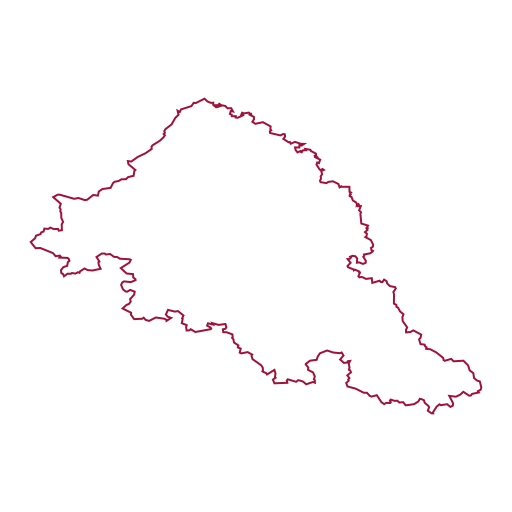 outline of Monaghan Lea-7, Monaghan, Ireland
{"feature_id": "5873133B95060557510976", "entity_name": "Monaghan Lea-7", "entity_type": "district", "adm_level": 2, "iso_a3": "IRL", "parent_name": "Ireland", "parent_adm1": "Monaghan", "projection": "equal_earth", "projection_center": [-6.973, 54.288], "detail": "fine", "context": "isolated", "style": "outline", "palette": "rose", "viewbox_px": 512, "rotation_deg": 0, "n_neighbors": 0, "source": "geoboundaries", "source_scale": "gbopen_adm2", "svg_char_len": 6064}
<svg xmlns="http://www.w3.org/2000/svg" viewBox="0 0 512 512"><path d="M431.5,413.3L433.2,413.3L433.0,412.3L436.6,406.7L439.5,404.3L440.8,405.2L447.1,404.2L450.4,406.9L452.8,405.7L453.1,403.3L449.3,395.9L455.9,396.7L460.3,394.6L463.3,391.8L469.2,395.7L470.9,395.5L472.0,393.9L478.8,392.5L477.9,391.2L480.7,389.7L481.3,387.3L479.8,381.4L477.1,380.6L474.1,378.1L473.3,373.1L469.7,370.4L468.1,365.4L463.4,360.7L453.6,361.3L451.2,358.9L444.7,360.8L443.6,360.1L443.2,357.9L436.4,352.5L430.4,349.3L426.1,348.8L426.6,347.3L425.1,346.3L424.6,344.6L420.5,344.1L419.1,339.4L420.6,337.6L421.2,334.6L413.3,330.4L410.4,332.0L406.1,332.4L406.0,329.8L407.2,327.4L402.7,321.1L402.4,317.1L403.5,314.2L400.1,311.5L398.0,307.6L396.5,306.9L396.4,304.9L393.9,303.6L394.0,294.4L393.4,291.9L395.8,288.5L395.1,287.1L389.9,286.1L387.1,283.4L386.7,281.3L384.1,279.6L382.4,282.1L380.6,281.9L379.6,280.7L372.3,282.9L371.8,278.2L366.0,278.9L362.1,277.0L359.3,277.3L358.4,276.3L359.9,272.8L359.2,272.5L359.4,271.6L354.9,269.6L353.8,270.3L353.6,269.5L348.0,267.2L347.5,266.0L350.6,262.8L347.6,259.1L350.1,258.6L350.9,257.6L350.2,256.7L352.7,255.8L355.4,256.3L357.2,258.5L356.9,262.7L359.1,262.4L362.9,263.9L365.6,262.9L365.9,261.0L363.3,256.8L364.3,255.7L364.0,254.5L370.2,253.3L372.5,251.6L373.0,250.9L371.5,250.2L371.0,247.9L372.8,246.8L373.2,244.8L370.9,240.1L365.4,237.1L366.5,236.3L366.9,233.7L365.0,232.1L367.5,229.9L366.5,228.3L367.7,227.9L367.2,226.9L368.0,225.6L361.3,223.5L360.4,213.7L361.0,212.3L359.1,210.4L360.8,206.1L358.5,206.2L359.1,205.2L358.4,204.1L356.8,205.4L357.0,204.0L355.9,202.3L352.9,200.5L351.5,196.9L349.7,196.2L349.7,195.0L350.7,194.4L350.1,193.1L350.9,192.5L349.5,191.7L349.4,186.8L341.8,186.8L340.6,185.7L341.0,186.6L339.6,187.4L338.4,184.0L333.0,181.3L328.3,181.9L326.5,183.1L320.6,182.2L320.0,180.7L321.0,178.7L320.7,176.4L322.1,174.1L321.2,171.0L323.8,169.9L322.5,169.0L321.0,170.0L319.7,169.6L316.5,164.6L317.2,162.5L318.9,163.2L320.2,159.7L314.8,157.0L314.9,156.2L316.2,156.3L315.2,155.5L316.1,155.1L315.9,153.6L310.9,151.0L310.4,149.8L305.3,148.9L305.9,150.2L303.0,150.3L301.7,152.3L300.9,151.9L301.6,151.1L300.5,151.0L297.5,152.4L295.5,149.8L295.1,147.4L299.3,147.5L299.4,145.3L301.6,145.6L304.1,143.9L300.7,143.8L295.0,141.9L290.7,143.7L289.8,142.0L288.6,142.3L283.4,138.9L285.1,136.5L284.8,134.3L283.2,134.0L280.4,135.4L270.1,133.0L269.8,131.4L271.2,130.3L270.4,129.4L270.6,126.4L262.9,122.2L255.4,123.8L252.4,121.8L254.0,119.2L253.9,116.9L249.8,114.8L251.9,113.7L250.1,113.8L248.9,112.6L244.0,113.4L242.1,112.7L241.3,114.7L243.1,114.5L243.3,115.2L237.6,117.8L235.6,117.5L235.8,116.2L231.8,116.2L231.7,114.8L229.9,113.9L230.8,111.1L233.0,111.5L231.2,108.2L227.6,108.3L225.3,106.0L222.6,105.4L219.9,106.2L220.8,104.8L219.2,103.8L218.3,105.2L216.2,105.2L217.7,106.9L216.1,107.3L213.2,104.8L213.3,102.7L211.0,102.9L207.5,101.5L204.5,98.7L195.7,103.1L193.7,102.8L191.4,106.1L181.0,109.4L179.8,112.0L177.6,110.7L178.5,114.8L175.3,117.9L171.6,124.4L165.4,129.2L164.3,131.2L164.9,132.8L163.7,134.0L164.9,135.3L163.3,137.5L159.8,140.8L152.5,145.3L151.5,146.9L151.7,149.0L145.2,153.4L137.6,157.0L131.4,161.5L127.9,161.1L128.5,164.3L135.4,170.0L134.3,171.1L133.6,175.8L128.1,177.1L126.0,179.2L121.4,179.3L118.6,181.0L114.5,181.8L113.0,183.1L110.6,187.9L102.5,189.0L98.8,191.5L97.9,195.6L93.2,195.0L87.1,199.8L84.8,200.1L78.5,198.0L74.1,198.8L59.8,194.7L57.7,194.7L53.2,197.1L60.8,203.8L59.5,207.6L60.6,209.3L60.3,211.6L61.2,212.7L61.3,217.9L63.1,222.0L61.7,224.3L61.9,230.2L58.8,230.7L58.0,228.9L53.9,229.1L50.2,227.6L48.3,228.9L44.4,228.6L43.6,231.5L41.2,232.4L40.5,234.1L36.0,235.7L35.0,238.4L30.7,242.0L35.6,248.2L40.3,248.0L53.0,253.1L55.6,256.2L59.8,255.6L60.5,256.3L59.5,257.6L67.6,257.9L68.7,258.8L69.4,260.9L67.8,262.3L67.2,265.8L63.3,267.2L61.0,270.1L61.3,273.1L63.1,274.1L64.0,276.3L67.5,273.7L70.8,273.8L71.9,273.0L75.4,273.6L78.0,272.2L79.5,272.8L80.1,271.3L84.5,268.5L87.7,270.1L92.5,270.5L100.6,268.8L98.8,264.9L98.4,262.3L99.4,261.6L96.5,257.0L101.8,253.5L104.7,253.5L105.9,254.5L110.1,254.0L114.1,256.9L117.1,257.0L119.9,258.7L129.7,259.3L130.8,259.9L129.4,262.6L120.8,268.1L126.6,273.5L133.0,274.1L133.3,277.5L135.4,279.1L135.5,280.2L130.8,282.1L124.1,281.4L122.3,282.4L121.1,284.9L123.0,289.4L125.7,291.5L127.2,291.7L130.2,289.9L134.7,291.7L134.2,294.6L130.1,299.1L130.7,301.6L129.0,303.9L126.4,305.0L122.6,308.5L131.1,312.7L131.0,314.8L134.1,319.1L142.1,318.8L143.7,317.7L145.6,319.9L149.1,320.9L155.8,317.5L164.2,318.7L166.3,319.7L166.5,320.9L171.1,317.9L167.7,316.7L165.9,314.5L168.0,309.9L174.9,311.6L178.0,311.1L183.5,315.5L182.1,318.4L182.7,318.8L181.8,323.2L186.4,325.0L187.0,324.4L186.1,327.0L186.6,330.5L189.6,330.3L190.7,329.2L195.3,332.0L210.6,329.2L211.2,328.6L210.6,327.6L207.1,325.6L208.0,323.3L213.1,324.6L212.3,323.1L218.6,324.9L225.4,324.0L226.4,327.1L225.4,328.8L222.9,329.3L223.3,332.2L226.5,332.2L232.4,334.4L232.7,337.2L232.1,337.9L233.4,339.3L234.0,342.5L238.4,345.4L237.8,347.4L240.7,348.6L239.7,352.6L241.2,353.4L247.6,352.1L252.2,354.6L251.5,355.7L252.5,359.1L261.1,365.2L262.7,367.5L263.0,370.1L262.4,371.4L266.2,373.2L267.0,374.5L274.4,369.9L275.5,373.5L274.9,377.3L275.5,377.8L272.9,379.6L274.4,383.3L287.3,382.8L286.8,380.5L287.8,379.3L296.1,381.8L298.2,380.2L300.1,380.6L303.1,381.6L306.2,384.3L312.9,382.0L314.9,382.7L314.8,380.1L313.9,379.3L314.8,376.3L313.0,372.4L308.0,369.8L308.3,367.6L305.7,364.3L306.0,363.7L310.0,360.7L316.7,359.8L317.7,356.6L319.9,353.3L327.1,350.5L333.2,352.5L339.8,353.2L341.6,352.5L343.5,355.5L340.1,359.5L343.9,362.9L346.9,362.6L348.0,361.1L350.1,360.9L348.7,363.5L349.5,367.4L348.9,369.8L350.1,370.3L351.0,372.3L347.3,375.4L349.4,378.1L348.2,379.5L348.7,380.7L346.2,383.0L347.5,386.5L355.6,388.6L363.6,392.7L367.0,392.8L369.6,395.8L371.6,396.6L376.8,395.2L381.4,402.2L384.2,404.1L386.3,402.8L390.2,403.0L390.8,402.2L389.9,400.6L390.7,399.6L394.7,400.9L397.3,400.7L399.3,402.5L403.2,402.2L405.6,405.3L408.4,405.0L414.2,404.1L418.3,401.5L419.9,398.8L421.7,399.2L424.0,400.3L424.7,402.8L428.4,405.9L429.1,407.3L427.8,410.7L431.5,413.3Z" fill="none" stroke="#9f1239" stroke-width="2"/></svg>